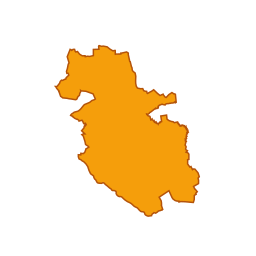 outline of Aiviekstes pag., Plavinu, Latvia, rotated 61°
{"feature_id": "27541924B44380284961438", "entity_name": "Aiviekstes pag.", "entity_type": "district", "adm_level": 2, "iso_a3": "LVA", "parent_name": "Latvia", "parent_adm1": "Plavinu", "projection": "albers", "projection_center": [25.79, 56.661], "detail": "fine", "context": "isolated", "style": "filled", "palette": "amber", "viewbox_px": 256, "rotation_deg": 61, "n_neighbors": 0, "source": "geoboundaries", "source_scale": "gbopen_adm2", "svg_char_len": 5659}
<svg xmlns="http://www.w3.org/2000/svg" viewBox="0 0 256 256"><g transform="rotate(61 128 128)"><path d="M42.3,114.1L45.0,115.3L42.5,120.2L47.9,123.2L46.8,126.9L45.6,128.6L44.9,130.8L44.0,130.5L42.7,133.0L39.9,134.6L36.6,135.1L36.2,136.8L35.3,137.0L33.3,136.6L32.6,137.9L32.8,139.6L31.9,139.8L31.7,140.3L31.2,140.5L36.2,146.6L42.5,148.0L43.2,149.3L46.7,152.3L48.7,154.4L50.6,155.0L51.0,153.9L51.8,153.9L53.1,154.2L54.0,157.7L54.7,158.3L55.1,158.8L54.7,159.6L54.7,162.1L53.9,163.0L54.4,164.6L55.0,165.4L55.7,166.1L56.1,166.9L56.1,167.4L56.6,168.1L56.7,168.7L57.2,169.4L57.1,170.2L56.5,171.3L57.6,171.1L57.8,171.0L58.5,171.2L61.5,170.6L62.5,170.8L62.6,170.5L63.1,170.8L67.7,171.6L68.2,171.2L70.0,170.5L72.4,167.0L73.8,165.4L75.1,163.6L77.5,160.6L77.9,160.0L77.8,159.7L78.0,159.1L77.8,158.6L76.6,157.0L76.2,156.3L76.0,155.0L75.7,154.4L74.5,153.6L73.1,151.5L72.3,151.2L72.8,151.0L75.5,147.0L81.2,142.0L86.8,142.5L86.9,143.9L86.5,146.2L86.9,148.6L87.0,149.2L86.4,154.6L86.6,155.6L88.3,159.8L88.7,161.2L89.0,162.8L89.0,163.7L88.1,167.4L88.3,168.6L88.4,170.4L88.7,171.4L89.2,172.1L90.9,170.7L91.1,171.0L94.0,169.7L95.7,168.4L95.8,168.0L97.5,167.3L98.1,167.4L98.2,167.0L98.3,167.1L98.5,166.1L98.8,165.2L98.9,164.5L100.5,164.3L101.8,164.6L102.7,164.5L103.4,164.3L103.6,163.7L103.0,163.6L103.1,163.0L103.4,162.9L104.9,163.0L104.9,163.7L105.5,164.5L105.0,165.0L105.3,165.5L106.5,166.3L107.9,169.9L112.2,168.6L111.5,170.0L111.4,171.6L113.5,171.0L113.8,171.1L119.0,172.2L121.9,173.1L124.6,171.7L125.7,171.5L125.9,173.7L125.9,175.1L126.3,175.3L127.9,177.1L128.3,177.7L128.7,179.3L128.7,179.5L127.3,181.5L128.6,182.3L127.3,184.4L129.1,185.4L131.3,185.8L133.1,184.5L134.6,184.0L135.9,183.1L138.9,182.2L142.2,181.9L146.3,182.7L149.9,182.9L153.1,181.4L154.7,181.8L156.4,181.9L157.5,181.4L160.7,181.4L161.6,180.9L162.6,179.5L163.6,177.9L163.7,176.5L164.2,175.9L164.9,175.5L166.4,175.2L168.4,174.3L171.5,173.2L173.0,172.4L174.7,172.2L175.4,171.6L175.8,170.7L176.3,170.1L177.5,169.3L178.4,169.4L179.3,170.0L179.8,170.2L181.3,170.2L182.9,169.6L183.8,168.8L184.4,167.7L185.0,167.0L189.1,165.7L192.1,164.2L194.1,162.7L195.9,161.7L199.6,160.5L202.5,158.5L205.4,157.9L207.1,157.3L207.6,156.9L208.5,155.6L209.1,154.9L209.9,154.7L211.9,155.0L212.6,154.8L214.2,153.8L214.9,153.0L216.1,149.9L215.8,149.7L215.0,148.6L214.8,146.7L214.6,146.3L215.9,145.1L215.8,143.6L215.7,142.7L215.4,141.9L215.5,141.0L215.6,140.8L215.9,139.8L216.0,138.7L216.3,138.1L215.9,137.8L216.0,137.1L211.8,136.3L211.8,136.1L209.7,135.0L207.8,134.3L203.6,134.3L202.7,122.6L210.0,123.2L211.8,123.1L214.2,122.0L215.4,120.9L216.9,118.8L217.5,119.2L217.9,117.6L220.1,113.9L224.8,107.0L224.5,106.6L222.6,104.7L219.1,102.7L219.0,100.5L217.9,100.4L217.3,98.3L214.0,98.9L213.8,99.2L210.9,99.0L210.8,93.3L210.2,92.9L208.1,91.7L206.0,91.1L205.6,90.7L205.2,89.3L201.2,88.5L196.4,89.4L195.4,90.9L195.4,91.1L195.7,91.3L195.7,91.8L192.2,91.6L192.2,92.8L188.4,93.3L184.6,91.2L185.0,90.0L180.5,87.5L179.5,87.5L178.4,87.9L177.3,88.9L176.7,87.3L176.8,87.2L176.7,87.0L175.3,87.8L174.3,87.8L172.7,86.3L171.7,86.2L171.0,86.4L170.5,86.2L168.8,84.6L168.5,84.5L168.0,83.4L167.4,83.5L167.5,83.8L167.0,84.1L166.6,83.8L166.5,83.4L165.5,83.3L165.9,82.5L165.5,81.8L165.0,81.9L164.6,81.6L164.0,81.6L163.7,81.0L163.8,80.6L162.9,80.6L162.7,80.2L161.8,79.9L161.7,79.6L161.8,79.0L161.8,78.8L160.5,78.7L160.5,78.4L160.8,77.6L160.2,77.7L160.2,77.3L159.5,77.4L159.4,77.0L159.0,76.7L158.5,77.3L158.3,77.4L157.7,76.9L157.5,77.4L157.1,76.9L156.5,77.3L156.4,76.9L156.1,76.9L155.9,76.7L155.7,76.7L155.5,77.2L155.0,76.9L155.1,77.2L154.8,77.2L154.6,77.7L154.3,77.6L154.1,77.9L153.9,77.6L153.6,77.5L153.6,77.9L153.2,77.9L153.1,78.1L152.7,78.1L152.5,78.7L152.0,78.8L151.9,78.9L152.3,79.0L152.1,79.5L152.1,80.0L151.5,80.3L151.5,80.5L151.9,80.9L151.8,81.2L151.6,81.5L151.2,81.2L150.7,81.2L150.5,81.5L149.7,81.4L149.6,81.5L149.7,81.9L149.2,82.0L149.0,81.6L148.8,81.6L148.7,81.8L148.3,81.8L148.1,82.1L147.9,82.2L147.7,82.0L147.6,81.7L147.1,81.6L146.7,81.8L145.8,84.9L144.4,85.5L143.3,86.9L141.3,88.6L139.4,89.5L139.0,89.5L135.4,88.0L133.4,93.5L138.7,95.5L138.5,96.4L138.2,96.8L138.4,96.9L138.7,97.3L138.9,97.3L138.9,97.6L138.6,97.7L138.6,97.9L138.8,98.2L138.8,99.0L139.2,99.6L138.7,99.5L138.4,99.6L138.3,100.2L138.0,100.6L137.0,100.5L137.3,100.9L137.0,101.0L136.9,101.3L136.6,101.4L136.3,101.1L136.2,101.4L136.0,101.2L135.7,101.3L135.6,101.6L135.6,102.0L135.3,102.1L135.2,101.8L135.0,101.7L134.8,101.6L134.7,101.6L134.9,101.8L134.4,101.8L134.0,102.3L133.3,102.3L132.7,102.7L132.4,102.9L132.4,103.2L132.2,103.4L132.1,102.9L131.8,102.7L131.9,104.1L128.6,103.2L128.2,103.3L127.1,104.5L125.1,105.0L124.8,104.9L125.7,104.0L125.4,102.2L125.0,101.5L125.1,100.7L125.0,100.0L124.1,94.3L124.6,94.3L124.5,94.0L124.7,93.7L125.0,93.1L124.9,92.2L125.1,91.8L124.8,91.6L124.4,91.8L124.2,91.6L124.0,91.0L123.6,91.0L123.2,89.4L123.4,89.2L123.7,86.6L124.4,86.1L125.5,84.8L125.4,84.8L125.5,84.3L125.4,82.7L125.5,82.6L125.7,82.0L126.5,80.3L126.5,79.9L126.7,79.2L127.0,78.9L127.2,77.9L127.5,77.4L128.0,76.4L127.9,74.4L128.9,74.5L128.9,73.4L121.5,70.2L120.8,70.6L120.6,71.2L118.3,72.4L118.6,76.1L119.8,79.8L119.0,80.5L116.3,81.0L115.4,80.9L115.1,84.2L111.9,85.5L107.0,87.0L107.3,89.7L107.2,91.2L107.3,94.1L106.7,94.4L105.0,93.9L104.2,95.1L102.9,96.2L100.7,96.0L99.7,98.0L97.7,100.4L95.4,100.5L92.6,99.6L90.3,98.4L86.5,96.1L83.4,95.1L81.2,96.0L80.3,96.2L79.4,96.2L77.3,95.3L75.8,95.2L71.1,93.9L70.6,94.2L63.7,92.1L62.8,91.5L62.3,91.5L60.8,92.4L59.4,97.2L59.0,97.9L59.8,98.4L57.3,103.1L58.0,103.4L57.5,103.4L54.0,101.6L53.5,102.5L53.4,103.6L52.9,104.0L50.1,105.6L46.9,106.9L44.4,109.9L43.7,111.6L42.0,113.2L41.9,113.5L42.3,114.1Z" fill="#f59e0b" stroke="#b45309" stroke-width="1.5"/></g></svg>